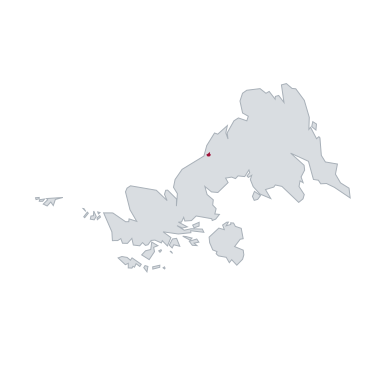 United Kingdom, with Middlesbrough highlighted, rotated 254°
{"feature_id": "GBR-2031", "entity_name": "Middlesbrough", "entity_type": "Unitary Authority", "adm_level": 1, "iso_a3": "GBR", "parent_name": "United Kingdom", "parent_adm1": "", "projection": "orthographic", "projection_center": [-1.245, 54.532], "detail": "fine", "context": "in_parent", "style": "filled", "palette": "rose", "viewbox_px": 384, "rotation_deg": 254, "n_neighbors": 0, "source": "natural_earth", "source_scale": "10m", "svg_char_len": 4075}
<svg xmlns="http://www.w3.org/2000/svg" viewBox="0 0 384 384"><g transform="rotate(254 192 192)"><path d="M202.2,297.5L186.8,307.1L182.0,306.3L176.4,301.0L170.3,301.4L172.9,298.9L167.8,296.4L158.6,299.2L154.8,296.8L152.6,291.7L172.6,280.0L175.8,274.0L174.2,272.0L174.1,263.3L164.0,265.9L171.5,256.6L180.3,252.3L187.8,251.5L191.6,254.0L190.5,250.2L192.3,249.3L194.7,252.8L197.5,252.8L192.3,246.9L194.8,240.7L192.9,237.5L195.4,234.2L196.1,228.1L191.1,229.3L184.4,216.7L186.7,210.8L193.8,205.9L185.4,205.8L178.6,210.3L173.8,208.3L169.4,210.6L164.6,207.9L162.9,212.2L159.4,207.3L159.0,203.6L160.9,203.6L167.8,189.4L164.7,183.6L166.1,177.1L169.9,177.0L166.0,173.6L166.8,170.6L159.8,177.9L160.0,172.9L163.8,168.3L157.4,174.0L156.9,181.1L153.5,191.7L150.0,192.3L155.1,180.1L153.2,179.7L155.4,167.3L161.7,153.2L154.0,159.2L146.9,153.5L153.4,150.0L151.5,148.5L156.0,143.1L156.7,139.4L153.4,135.1L153.5,132.5L157.0,130.5L154.7,126.9L157.2,121.0L164.0,121.4L160.4,115.8L161.9,111.1L166.8,110.7L165.8,107.2L167.2,102.1L175.8,104.0L196.3,101.3L193.7,110.1L181.7,120.0L180.9,123.0L183.5,124.1L179.0,130.8L192.0,127.5L210.5,128.1L213.6,130.6L214.9,134.6L203.5,158.2L190.6,165.7L197.3,164.9L200.9,167.2L200.5,169.1L189.5,175.2L182.7,173.1L194.4,177.5L201.6,175.5L208.7,179.2L216.5,188.7L223.3,213.4L232.6,219.0L242.5,229.9L240.5,232.7L246.1,244.3L239.5,240.8L233.0,241.2L239.1,242.1L248.9,252.0L250.4,257.0L245.3,264.3L249.3,267.0L254.0,262.4L266.2,263.2L273.0,267.8L274.7,272.7L272.6,285.9L266.5,290.3L267.4,293.9L258.3,297.5L260.9,298.5L260.9,301.9L252.7,305.1L270.3,307.5L270.2,312.6L264.0,316.7L262.6,320.2L249.2,325.2L231.4,325.3L220.0,321.6L221.5,323.8L208.9,326.4L210.2,329.2L208.8,329.9L191.5,326.4L184.1,328.5L178.8,339.5L169.6,334.8L159.8,337.3L152.4,344.0L142.7,342.4L157.2,330.2L163.1,323.6L164.4,318.0L168.5,316.7L170.6,312.2L189.4,312.4L202.2,297.5ZM143.5,229.3L133.0,228.3L133.3,225.3L127.8,217.9L122.0,225.2L117.3,224.5L113.4,222.1L109.3,214.9L116.0,211.5L113.8,208.4L119.8,206.9L123.3,199.8L126.0,198.2L127.8,199.6L130.6,196.0L138.4,195.0L143.9,196.0L149.9,207.8L146.9,212.7L151.8,212.3L153.4,217.1L153.0,218.7L150.1,215.5L150.1,220.3L151.7,220.7L150.7,223.4L147.0,224.2L143.5,229.3ZM149.3,106.8L147.0,111.6L143.4,114.0L145.2,116.2L136.5,123.3L134.8,121.3L138.5,118.5L135.6,116.0L136.8,114.7L135.4,113.3L136.6,109.8L141.0,111.1L140.5,107.9L149.0,102.8L149.3,106.8ZM148.3,131.1L148.1,136.5L155.0,139.5L149.8,144.4L149.4,139.9L145.0,139.5L138.8,132.2L145.4,126.3L148.3,131.1ZM221.4,45.7L224.3,51.1L225.8,50.4L222.3,66.4L222.5,58.6L217.2,54.9L221.3,53.5L218.5,48.9L221.4,45.7ZM151.7,164.4L143.2,165.3L146.3,159.9L143.7,157.5L147.2,155.5L152.2,160.3L151.7,164.4ZM171.1,248.9L175.4,252.2L169.7,256.9L166.8,253.1L166.8,249.5L171.1,248.9ZM145.4,175.8L145.5,183.6L141.9,184.8L142.3,179.9L139.1,182.0L140.7,177.6L145.4,175.8ZM196.7,88.2L196.4,90.8L200.8,92.3L194.9,93.2L192.2,90.3L193.9,86.8L196.7,88.2ZM160.9,190.5L157.3,189.4L157.0,184.1L160.0,183.5L160.9,190.5ZM226.3,327.5L223.0,330.4L217.4,328.2L221.9,325.1L226.3,327.5ZM147.7,179.3L146.2,176.9L152.1,170.9L150.8,174.0L147.7,179.3ZM132.6,124.8L134.2,126.6L132.6,129.1L127.7,126.7L132.6,124.8ZM130.5,140.9L128.5,140.2L128.7,133.1L130.9,133.6L130.5,140.9ZM225.9,48.4L224.2,45.9L225.2,42.6L226.6,43.5L225.9,48.4ZM201.5,85.8L200.2,86.5L196.9,81.8L198.0,81.1L201.5,85.8ZM194.8,96.8L193.1,97.1L191.5,93.4L193.3,93.6L194.8,96.8ZM229.6,40.0L228.9,43.6L227.6,43.2L227.7,40.0L229.6,40.0ZM205.9,83.5L202.5,84.6L206.2,82.7L205.9,83.5ZM145.1,146.3L144.1,146.5L142.9,144.6L144.6,143.8L145.1,146.3ZM198.8,95.9L197.6,97.9L196.7,96.0L198.8,95.9ZM140.5,155.6L138.3,156.4L141.3,154.5L140.5,155.6ZM127.6,144.9L126.2,145.1L125.6,144.5L127.1,143.3L127.6,144.9Z" fill="#d9dde1" stroke="#a8b0b8" stroke-width="1"/><path d="M223.3,217.0L223.5,217.0L223.5,217.3L223.6,217.7L223.7,218.1L223.9,218.5L224.1,218.9L224.2,219.1L223.8,219.0L223.3,219.2L223.0,219.5L222.6,219.3L222.3,219.1L222.2,218.8L222.2,218.3L222.3,217.9L222.4,217.6L222.6,217.3L222.7,217.1L222.9,217.0L223.0,217.0L223.3,217.0Z" fill="#f43f5e" stroke="#9f1239" stroke-width="1.5"/></g></svg>